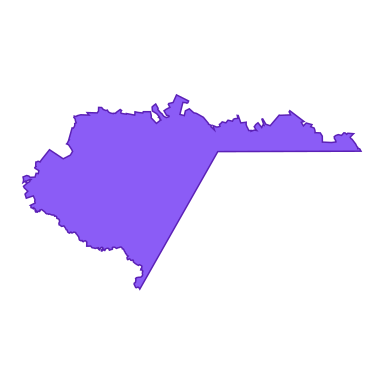 the district of La Trinitaria, Chiapas, Mexico
{"feature_id": "50627088B54619766562201", "entity_name": "La Trinitaria", "entity_type": "district", "adm_level": 2, "iso_a3": "MEX", "parent_name": "Mexico", "parent_adm1": "Chiapas", "projection": "orthographic", "projection_center": [-91.937, 15.979], "detail": "fine", "context": "isolated", "style": "filled", "palette": "violet", "viewbox_px": 384, "rotation_deg": 0, "n_neighbors": 0, "source": "geoboundaries", "source_scale": "gbopen_adm2", "svg_char_len": 5885}
<svg xmlns="http://www.w3.org/2000/svg" viewBox="0 0 384 384"><path d="M306.2,123.0L303.4,125.9L301.6,123.0L301.3,122.3L304.0,121.5L289.8,110.7L289.1,111.9L289.5,112.3L290.5,114.9L280.3,115.3L279.2,115.1L270.2,125.7L265.9,124.3L262.7,118.9L261.9,119.2L264.0,125.4L262.8,125.1L261.7,127.5L258.0,122.8L257.3,123.3L255.6,124.7L255.0,125.8L254.2,126.7L255.7,129.3L256.7,130.5L254.4,130.1L251.2,131.2L251.4,130.5L248.7,130.5L247.6,127.9L246.8,126.6L246.3,125.1L246.1,124.4L246.2,122.2L240.8,122.9L238.2,115.5L237.2,115.4L238.0,118.3L234.8,118.7L233.4,119.3L232.5,121.2L228.0,120.2L225.9,122.8L222.2,121.9L220.5,123.7L219.4,124.4L220.0,126.3L218.7,126.8L217.4,127.0L216.0,126.9L214.9,126.3L213.0,125.6L214.4,130.0L210.9,126.7L211.3,125.4L208.5,124.2L208.5,123.5L203.4,117.3L197.0,113.7L196.1,113.3L193.8,112.8L189.3,108.8L185.4,110.8L184.3,115.6L179.9,114.4L182.9,102.4L186.3,102.8L186.9,103.2L187.9,102.7L188.6,101.0L176.5,94.9L173.1,102.5L168.8,103.5L168.3,104.3L169.9,107.3L166.1,109.3L164.0,110.8L166.6,115.3L167.5,115.3L168.9,115.8L169.1,116.3L169.0,116.7L166.3,117.6L163.8,116.3L162.9,115.2L162.1,113.9L160.5,112.7L157.8,109.5L158.1,108.3L155.7,104.0L153.6,105.6L152.1,107.0L152.4,111.0L156.7,113.7L159.1,116.5L158.9,116.7L159.0,116.8L159.1,116.7L159.3,117.0L159.3,117.3L159.0,117.5L159.6,117.6L160.0,118.8L159.8,118.9L159.9,119.1L160.1,119.0L160.6,119.4L160.5,119.8L160.8,120.1L160.2,120.4L156.4,123.4L151.2,117.8L151.3,115.7L150.4,111.7L143.3,111.7L142.8,113.0L137.8,112.4L135.0,111.8L134.9,112.9L135.0,113.3L134.7,115.1L126.3,113.5L126.2,114.2L121.2,113.3L120.8,112.8L120.8,112.5L121.1,111.2L121.6,110.5L120.2,109.5L116.4,112.3L116.1,112.9L115.7,112.9L115.3,113.4L113.8,113.2L113.4,113.6L110.6,113.1L109.2,112.4L108.6,112.1L108.0,111.3L107.4,110.1L105.8,110.5L103.1,109.4L102.8,108.8L101.9,107.8L101.5,107.5L98.6,107.4L98.5,111.1L97.2,112.9L87.1,112.6L88.5,114.6L89.0,115.1L80.7,114.8L77.2,115.7L77.2,115.9L76.8,116.1L76.0,116.5L74.2,116.1L74.2,116.5L73.9,117.5L74.7,118.3L75.1,119.0L75.3,119.7L75.4,120.8L76.2,122.8L74.7,123.5L74.8,124.9L74.6,125.9L74.0,127.2L73.3,128.1L72.1,127.9L68.8,139.7L69.2,139.9L68.6,140.5L67.4,143.0L66.6,143.9L68.6,144.8L71.6,149.4L72.6,151.4L70.4,155.1L63.2,158.8L49.5,149.7L41.4,159.9L40.0,162.0L38.8,161.4L38.1,161.3L37.6,161.4L36.6,162.0L35.9,162.0L35.7,163.9L35.8,165.0L35.6,166.3L36.0,166.6L34.8,167.7L35.1,168.4L36.1,168.9L38.8,170.6L38.3,173.6L36.1,173.3L35.0,177.1L30.5,177.3L29.8,177.1L28.9,176.1L26.7,175.5L23.0,177.0L23.5,179.3L23.5,180.9L23.0,182.6L25.5,181.1L25.8,181.6L25.6,181.9L26.1,182.6L26.8,180.9L30.0,179.4L31.0,179.5L30.0,180.4L29.7,181.6L27.6,182.8L23.5,186.3L24.3,187.9L27.8,191.2L25.0,194.1L26.3,198.2L33.3,195.9L35.0,199.7L34.7,201.3L35.2,203.0L30.3,205.4L30.6,205.6L30.9,205.5L31.1,205.7L30.9,207.2L31.1,207.7L32.4,208.0L32.8,208.3L33.6,207.8L33.6,208.8L34.5,208.5L34.9,208.8L35.2,209.2L35.1,210.2L35.4,210.4L35.8,210.2L36.0,210.4L35.9,210.6L36.2,211.2L36.0,211.3L35.5,210.8L35.3,211.1L35.5,211.6L35.8,211.7L35.7,211.9L35.9,212.1L36.9,211.8L37.0,211.9L36.9,212.1L37.3,212.2L37.7,212.0L37.9,211.3L39.5,211.2L39.5,210.8L39.7,210.5L39.9,211.0L40.6,209.9L41.2,209.6L41.8,209.6L44.2,211.5L45.0,212.2L45.8,213.3L46.9,213.9L47.9,213.8L48.6,214.3L49.4,214.0L52.2,215.1L52.6,214.9L54.0,215.1L54.6,216.2L55.4,216.0L56.4,216.5L56.7,217.0L56.9,218.4L58.5,218.9L59.4,219.9L59.5,220.4L59.3,220.8L59.6,221.6L59.5,222.1L58.9,223.1L59.1,224.8L59.7,224.9L60.3,225.5L61.7,226.4L62.0,226.2L62.6,226.3L63.8,225.9L64.4,226.5L64.5,226.9L65.1,227.5L66.2,229.7L67.2,230.2L67.7,232.0L68.9,232.9L69.7,233.1L70.3,232.3L70.7,232.1L71.2,232.2L71.7,232.9L72.0,233.0L72.3,232.9L73.9,232.1L75.6,232.5L75.9,233.0L75.9,233.5L76.7,234.2L78.0,236.0L78.7,236.9L79.2,239.3L79.3,239.7L79.6,240.1L81.0,240.8L81.3,240.8L81.7,240.5L82.1,240.5L82.7,241.5L83.4,241.7L84.0,241.1L85.2,240.7L85.9,241.1L86.3,241.7L86.8,242.0L86.7,246.2L90.7,246.1L92.0,247.7L94.4,248.1L95.2,248.5L96.4,248.0L97.3,248.3L98.0,247.6L98.3,247.6L98.8,248.3L98.6,248.6L98.6,249.2L99.1,249.7L99.7,250.0L100.1,248.8L101.0,247.6L101.7,247.3L102.4,247.4L103.0,248.1L103.0,248.4L103.0,248.5L101.6,249.8L101.5,251.0L102.0,251.0L103.5,249.7L104.6,250.5L104.8,250.5L105.2,249.8L104.9,249.3L106.4,248.5L107.4,248.3L108.2,248.3L109.0,248.8L109.0,249.5L109.4,250.2L109.7,250.2L110.9,249.5L111.8,249.5L112.4,249.2L112.5,249.0L112.4,247.5L112.9,247.2L114.4,247.2L115.1,247.4L115.7,247.9L116.4,248.4L116.8,248.4L117.5,247.9L119.3,247.5L120.4,247.0L121.4,247.2L122.1,248.0L122.4,248.9L123.0,248.9L123.5,249.1L124.5,251.3L125.0,251.9L125.7,253.6L125.9,253.6L126.5,254.2L126.6,254.8L127.0,255.2L127.8,255.9L128.2,256.1L127.2,257.2L127.0,257.6L127.2,258.9L127.6,259.6L128.3,259.5L129.0,259.1L129.2,258.8L130.2,259.3L130.7,260.2L131.1,260.4L131.7,260.4L132.9,260.0L133.2,260.3L133.4,260.7L133.3,261.8L135.2,263.5L137.1,264.7L137.5,264.9L138.6,265.4L139.2,264.8L139.6,264.7L141.4,265.7L141.9,266.2L141.7,267.7L141.8,268.1L141.1,268.5L141.3,269.0L140.8,269.5L140.7,269.9L141.3,269.9L141.8,269.8L142.0,270.2L142.7,270.8L142.5,271.3L142.8,271.8L142.4,272.6L142.3,273.2L142.6,274.4L142.6,275.1L142.4,275.7L142.1,275.8L141.7,276.5L140.6,277.2L138.4,277.3L136.4,277.7L136.3,278.0L135.6,278.5L135.8,279.2L135.8,280.7L135.6,281.3L135.5,282.3L135.3,282.6L134.3,283.1L134.1,283.8L134.1,284.2L135.7,287.5L136.5,287.7L137.6,287.2L138.2,287.2L139.3,288.1L139.8,289.1L217.8,151.6L361.0,151.2L359.8,149.0L358.4,148.3L357.7,148.6L357.7,147.3L356.9,146.6L355.7,144.1L352.0,139.2L351.0,138.7L350.2,137.3L350.2,137.1L353.6,133.7L348.7,133.3L347.6,133.3L346.7,134.3L345.2,133.0L343.9,132.8L341.5,135.4L338.3,134.6L335.8,135.5L334.2,136.7L334.4,138.0L334.4,138.5L334.5,138.8L335.3,139.6L335.6,141.0L335.9,141.1L335.9,142.0L331.4,142.5L322.4,142.1L322.3,136.1L320.3,132.9L315.0,132.7L315.1,131.9L315.0,131.2L314.8,130.0L314.2,128.1L311.1,126.8L310.7,126.7L312.0,124.6L306.2,123.0Z" fill="#8b5cf6" stroke="#5b21b6" stroke-width="1.5"/></svg>